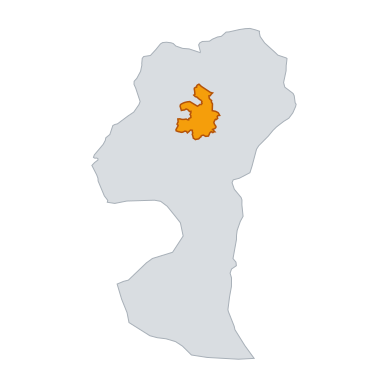 where Madona sits in Latvia, rotated 272°
{"feature_id": "LVA-1087", "entity_name": "Madona", "entity_type": "Municipality", "adm_level": 1, "iso_a3": "LVA", "parent_name": "Latvia", "parent_adm1": "", "projection": "mercator", "projection_center": [26.234, 56.844], "detail": "fine", "context": "in_parent", "style": "filled", "palette": "amber", "viewbox_px": 384, "rotation_deg": 272, "n_neighbors": 0, "source": "natural_earth", "source_scale": "10m", "svg_char_len": 3622}
<svg xmlns="http://www.w3.org/2000/svg" viewBox="0 0 384 384"><g transform="rotate(272 192 192)"><path d="M283.4,293.0L281.1,292.6L274.6,290.0L269.1,286.2L265.8,281.2L260.0,274.2L256.3,270.7L250.4,266.2L240.6,257.1L237.0,255.0L219.6,251.0L213.3,249.2L207.4,238.8L205.6,232.8L202.7,231.7L199.6,232.9L196.2,234.2L188.3,241.2L185.8,242.2L180.9,242.3L169.5,243.9L164.3,241.3L155.3,238.5L150.5,238.0L146.1,238.1L126.9,235.3L123.4,238.4L119.9,238.9L116.4,234.2L112.2,232.9L107.5,234.5L98.9,234.7L88.7,233.2L75.7,232.0L73.8,232.5L59.4,238.8L55.9,239.7L40.3,250.2L27.9,259.9L26.5,244.3L27.2,212.9L29.1,197.1L37.6,187.9L41.9,180.8L44.4,171.2L45.2,162.3L46.9,154.9L59.3,133.6L69.2,131.3L82.5,125.4L97.4,120.4L100.3,126.7L101.7,131.5L119.6,148.9L124.2,154.8L131.1,174.7L147.7,184.7L160.8,181.5L166.5,176.7L176.9,167.7L181.6,161.0L182.5,154.7L180.7,127.2L177.9,115.2L178.8,107.7L180.7,108.1L185.1,104.5L199.7,97.8L202.6,97.5L205.9,96.1L215.1,91.0L218.1,93.7L220.6,96.8L221.9,96.9L222.6,95.7L222.4,93.7L223.1,92.3L225.7,93.1L236.4,101.5L240.4,103.5L243.2,104.0L246.6,107.9L255.7,110.6L256.8,112.6L257.5,115.1L266.0,125.7L269.8,131.0L277.4,135.9L280.6,137.0L293.9,132.1L297.5,130.3L300.6,130.3L303.7,132.9L310.8,136.4L317.2,137.5L318.4,137.3L323.8,137.6L325.7,139.0L327.0,145.7L333.2,151.0L338.9,155.3L340.3,157.4L340.8,161.2L340.4,165.8L339.7,168.1L337.3,170.8L335.2,177.6L334.9,184.1L331.6,195.3L332.4,195.5L339.3,193.5L341.3,194.6L342.8,197.1L343.3,204.1L345.5,207.2L347.8,212.1L348.6,215.9L353.0,220.5L353.3,223.4L356.0,233.7L357.1,239.6L357.5,244.2L356.2,250.0L355.0,253.9L353.7,253.7L349.7,254.7L343.5,259.4L334.1,270.5L331.8,273.0L329.3,281.4L328.7,282.3L323.3,281.9L321.8,281.7L316.4,281.8L304.6,279.7L300.0,281.1L294.0,289.6L291.7,290.8L284.7,292.0L283.4,293.0Z" fill="#d9dde1" stroke="#a8b0b8" stroke-width="1"/><path d="M300.0,195.2L299.6,195.7L298.9,196.5L297.9,197.6L292.2,206.9L291.7,209.1L290.4,207.8L288.9,206.9L288.7,205.6L287.6,205.7L286.0,206.1L285.0,207.2L284.1,208.4L282.7,208.2L280.8,209.4L274.0,209.4L273.4,212.9L272.3,215.1L271.9,215.6L269.5,217.0L269.2,215.4L269.1,215.0L268.2,214.5L266.4,215.1L265.2,213.6L265.5,213.0L264.9,212.4L263.9,212.1L263.3,211.7L262.1,211.4L260.3,212.2L258.8,213.4L257.9,213.7L257.2,213.5L256.2,212.6L255.3,210.4L253.0,212.7L252.9,211.7L252.6,211.4L252.2,211.0L252.1,210.5L252.2,210.1L252.7,209.9L253.0,209.6L253.1,209.1L251.8,207.8L248.5,206.5L248.1,204.1L248.1,203.4L248.6,202.8L248.9,202.1L249.2,201.6L248.9,200.0L248.2,199.1L247.4,199.0L247.2,198.7L246.8,198.1L246.2,197.6L245.3,196.8L244.9,194.8L244.5,193.5L245.4,192.4L245.7,191.5L247.2,191.1L248.5,190.7L249.6,190.2L251.1,190.7L252.2,190.2L253.7,190.2L253.9,188.6L253.5,187.9L252.4,187.0L250.9,185.3L252.3,184.4L252.4,183.8L252.6,182.9L252.4,182.3L252.0,181.7L251.7,181.1L251.3,180.0L251.3,179.1L251.5,178.0L251.8,177.1L251.8,176.3L252.6,174.0L253.8,173.8L257.1,175.5L257.9,175.8L258.3,175.8L258.5,175.5L258.7,175.1L259.1,174.7L259.6,174.8L260.2,175.0L261.5,175.7L264.5,175.3L264.7,177.3L264.2,179.3L264.3,181.7L264.7,183.6L264.0,185.2L264.0,186.2L264.5,186.2L265.3,186.3L266.4,188.3L267.3,188.2L268.4,188.1L269.3,187.3L271.1,188.1L272.6,188.1L272.3,186.6L273.3,185.9L274.2,184.8L274.8,183.2L273.8,181.8L273.4,179.6L273.1,178.5L277.4,177.1L279.0,177.5L279.7,178.5L280.6,180.1L281.2,181.5L281.9,184.0L282.3,186.6L277.9,194.5L279.3,196.4L279.9,197.0L279.7,198.1L280.8,199.0L281.9,198.4L282.7,198.8L284.2,197.6L284.7,196.4L287.1,193.5L287.4,192.0L288.9,190.4L289.6,191.5L293.0,191.1L294.7,190.7L295.8,190.7L296.8,191.9L296.9,192.9L298.0,192.9L299.1,193.6L300.0,195.2Z" fill="#f59e0b" stroke="#b45309" stroke-width="1.5"/></g></svg>